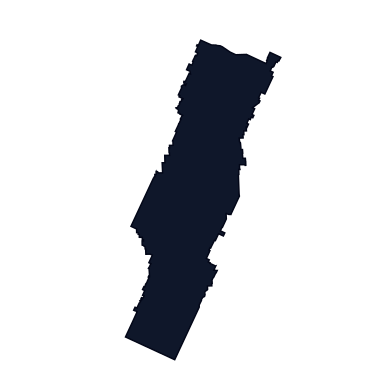 Brookton, Western Australia, Australia, rotated 295°
{"feature_id": "25037944B61457505310320", "entity_name": "Brookton", "entity_type": "district", "adm_level": 2, "iso_a3": "AUS", "parent_name": "Australia", "parent_adm1": "Western Australia", "projection": "natural_earth1", "projection_center": [117.012, -32.355], "detail": "fine", "context": "isolated", "style": "filled", "palette": "ink", "viewbox_px": 384, "rotation_deg": 295, "n_neighbors": 0, "source": "geoboundaries", "source_scale": "gbopen_adm2", "svg_char_len": 5401}
<svg xmlns="http://www.w3.org/2000/svg" viewBox="0 0 384 384"><g transform="rotate(295 192 192)"><path d="M32.5,193.0L32.7,247.2L88.5,247.2L90.6,247.2L90.9,247.1L92.4,246.4L92.6,246.3L93.4,246.3L93.6,246.3L97.7,246.4L97.9,246.3L98.3,246.1L98.6,246.0L98.9,246.0L100.6,246.2L100.9,246.3L101.7,246.7L101.9,246.8L102.3,247.3L102.5,247.4L102.8,247.5L103.0,247.5L104.7,247.1L105.5,246.5L106.2,246.1L106.3,246.1L107.2,245.9L107.3,245.9L107.6,246.0L108.1,246.2L108.4,246.4L108.8,246.8L109.4,247.0L109.9,247.3L110.0,247.3L110.3,247.3L113.4,245.7L115.3,249.6L117.5,248.5L117.7,248.9L120.0,247.7L120.7,247.3L121.4,247.4L122.1,247.3L122.3,247.3L122.5,247.3L124.0,247.7L124.3,247.7L128.2,247.7L128.4,247.8L128.8,248.0L131.5,248.0L131.4,247.8L131.3,247.6L131.1,247.2L130.9,246.1L130.8,245.9L130.3,244.8L135.0,244.8L134.9,244.7L134.9,238.4L135.5,238.4L135.5,236.3L137.8,236.3L137.8,233.1L143.1,233.1L146.5,233.0L146.6,231.9L149.1,231.9L149.1,232.6L151.4,232.6L157.8,232.8L157.8,233.7L165.4,233.7L165.4,239.0L168.8,239.0L168.8,234.1L173.0,234.1L173.0,234.5L178.5,234.5L182.1,234.5L187.0,231.9L187.1,232.0L187.1,234.5L188.1,236.8L188.4,236.7L188.6,236.7L192.5,236.7L208.3,236.7L209.6,235.8L209.6,235.7L209.8,235.7L210.5,235.3L226.7,227.0L226.9,226.9L227.3,226.9L227.6,227.1L232.2,224.8L232.7,225.9L233.0,225.7L232.9,225.4L236.8,223.5L239.1,228.5L238.6,228.9L238.9,229.5L239.0,229.5L240.9,228.4L240.9,228.5L242.3,227.8L242.3,227.7L245.1,226.1L244.0,223.8L248.4,221.3L248.6,221.6L251.8,219.8L251.1,218.4L252.4,217.8L256.4,215.5L256.4,215.4L257.3,214.9L257.6,213.9L260.8,212.0L262.6,215.5L265.4,213.9L265.9,214.8L269.2,213.1L270.4,215.5L273.5,213.8L273.5,214.5L277.4,214.5L277.4,212.7L279.8,212.6L282.2,212.5L282.2,214.2L285.0,214.1L285.0,215.7L287.6,215.7L287.6,213.6L293.9,213.6L293.9,211.2L294.1,211.3L300.2,214.5L301.1,215.1L303.3,215.1L303.3,213.6L305.6,213.6L305.6,212.5L311.6,212.5L311.6,216.6L330.7,216.6L330.8,216.6L330.8,214.9L334.8,214.9L334.8,211.7L339.2,211.6L339.3,211.7L339.2,211.9L339.2,212.2L339.2,212.4L339.5,212.6L340.1,213.0L340.6,213.1L341.3,213.1L341.6,212.8L341.9,212.8L342.1,213.1L345.5,213.1L345.5,214.5L346.8,214.5L347.2,214.4L347.2,214.8L347.3,214.8L347.5,214.8L347.8,215.5L348.0,215.4L348.3,215.4L348.6,215.2L348.9,215.3L349.3,215.5L350.2,215.3L350.3,215.4L350.4,215.6L351.5,215.6L351.5,212.2L351.5,203.7L345.6,203.7L345.7,204.1L342.7,204.1L342.7,204.8L339.7,204.8L339.7,203.8L339.7,201.0L339.7,199.7L339.7,183.1L339.3,182.5L339.2,182.2L334.9,173.7L334.9,167.5L335.2,165.5L336.4,158.2L336.4,157.3L336.4,155.9L336.4,155.7L335.3,152.6L335.3,152.1L335.3,151.9L335.3,151.7L333.5,147.6L333.5,147.3L333.4,142.8L333.3,135.7L333.2,135.7L327.6,135.8L327.6,134.4L326.3,134.4L326.3,135.8L320.5,135.9L320.5,136.0L320.5,137.8L320.5,138.0L320.4,138.4L319.5,138.4L319.5,138.6L317.3,138.6L317.3,137.4L316.2,137.3L314.7,137.4L313.7,137.4L313.1,137.4L312.9,137.3L310.5,137.4L310.5,138.2L306.9,138.3L306.9,137.8L306.8,137.2L306.8,136.2L306.8,135.3L300.5,135.4L300.6,139.2L298.4,140.7L298.4,139.3L289.0,139.3L289.0,138.0L288.2,138.0L286.8,139.1L286.7,139.4L286.4,139.5L286.4,140.4L287.2,141.1L285.7,141.1L285.7,139.6L285.2,138.7L283.5,137.7L282.6,138.0L282.2,138.4L282.2,138.6L274.2,138.6L274.2,140.1L272.8,140.0L272.8,144.5L272.6,144.5L272.2,144.2L272.2,143.6L271.0,143.6L270.1,144.1L269.2,143.6L269.2,143.4L268.9,142.9L268.2,143.1L267.9,143.1L267.4,143.3L266.9,143.1L266.5,143.6L265.5,143.5L265.2,143.6L263.9,143.0L263.2,143.3L262.4,143.1L261.5,141.9L261.0,142.6L261.2,143.6L260.9,144.5L260.3,145.2L259.3,145.6L259.2,145.6L259.2,145.8L257.9,145.8L257.9,148.1L257.5,148.1L257.5,150.7L257.5,151.0L257.1,150.8L256.8,150.8L254.5,150.7L254.3,150.7L254.0,150.6L253.8,150.5L253.5,150.8L253.1,150.8L253.1,151.3L248.6,151.3L248.3,151.1L247.5,151.2L247.1,151.3L239.8,151.3L239.8,152.7L230.1,152.8L230.1,153.2L226.3,155.1L224.8,151.9L222.5,153.0L222.3,152.4L218.2,154.5L218.3,154.7L218.3,154.8L215.7,156.2L213.7,151.8L207.1,155.1L205.9,152.6L196.9,157.3L195.0,153.3L195.4,153.0L195.7,152.5L195.8,152.0L195.8,151.8L195.7,151.5L195.5,151.3L195.4,150.9L195.5,150.8L195.4,150.8L192.8,152.1L192.2,150.9L190.1,152.0L189.8,151.4L188.8,151.4L188.4,151.2L156.4,151.2L153.0,151.2L135.1,151.2L135.1,157.2L135.1,157.4L131.8,159.0L132.4,160.4L130.9,161.1L131.3,162.1L128.7,163.4L129.9,166.1L127.8,167.1L128.3,168.2L127.1,168.8L126.5,167.5L122.8,169.3L123.0,170.6L122.6,171.6L122.4,172.7L120.6,173.6L120.7,174.1L118.2,175.4L116.1,176.5L118.0,180.4L118.0,182.8L109.7,182.8L109.7,185.0L104.7,185.0L104.7,184.8L104.3,184.8L104.3,185.6L102.7,186.4L102.4,186.6L102.2,186.7L100.0,187.9L99.6,188.1L98.8,188.5L98.6,188.6L97.6,189.1L97.6,188.3L96.4,188.3L96.4,189.2L92.7,189.2L92.7,189.3L90.0,189.3L90.0,189.2L89.6,189.2L89.3,189.0L89.2,189.2L88.6,189.2L88.4,189.0L88.2,189.1L85.9,189.2L85.9,188.4L82.7,188.4L82.7,190.8L77.5,190.9L77.6,192.5L75.9,192.6L75.6,192.2L74.9,192.2L74.9,190.9L73.3,190.9L73.3,192.0L73.2,192.0L72.7,191.9L72.4,191.8L72.3,191.7L72.2,191.7L71.6,191.1L71.5,190.9L71.3,190.7L71.2,190.8L71.2,191.5L70.1,191.6L69.6,191.5L69.2,191.1L63.6,191.1L63.5,189.1L60.2,189.1L60.2,190.5L60.4,191.5L60.4,191.9L60.4,192.6L60.1,192.6L60.1,192.9L49.5,193.0L49.4,193.0L48.7,193.0L47.9,193.0L43.4,193.0L42.9,193.0L42.7,193.0L41.7,193.0L41.0,193.0L40.9,193.0L40.7,193.0L40.3,193.0L39.7,193.0L38.6,193.0L38.1,193.0L36.1,193.0L35.8,193.0L35.5,193.0L35.4,193.0L35.1,193.0L32.5,193.0Z" fill="#0f172a" stroke="#020617" stroke-width="1.5"/></g></svg>